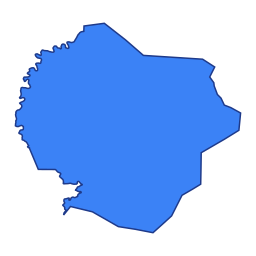 Jargalant, Arhangay, Mongolia (Robinson projection)
{"feature_id": "93677404B33687570251576", "entity_name": "Jargalant", "entity_type": "district", "adm_level": 2, "iso_a3": "MNG", "parent_name": "Mongolia", "parent_adm1": "Arhangay", "projection": "robinson", "projection_center": [100.463, 48.654], "detail": "fine", "context": "isolated", "style": "filled", "palette": "blue", "viewbox_px": 256, "rotation_deg": 0, "n_neighbors": 0, "source": "geoboundaries", "source_scale": "gbopen_adm2", "svg_char_len": 5385}
<svg xmlns="http://www.w3.org/2000/svg" viewBox="0 0 256 256"><path d="M84.0,26.0L83.8,31.4L83.3,31.5L82.6,31.5L81.8,31.7L80.8,32.0L79.7,32.8L79.1,33.7L78.5,34.2L77.9,35.0L77.2,36.4L76.7,37.4L76.0,38.6L75.1,40.0L74.5,41.2L74.0,41.8L73.4,42.1L72.6,42.3L72.0,42.5L71.5,42.5L71.0,42.5L69.5,42.0L68.7,41.9L67.9,41.9L67.3,42.1L67.0,42.3L67.0,43.1L67.4,43.9L68.0,44.8L68.4,45.6L68.5,46.2L68.8,47.1L68.8,47.8L68.7,48.0L68.1,48.4L67.5,48.4L67.1,48.2L66.4,47.9L65.7,47.7L65.5,47.4L65.5,46.3L65.4,45.8L65.0,44.8L64.6,44.5L64.2,44.3L63.5,44.1L62.9,44.1L62.3,44.3L61.8,44.7L61.6,45.3L61.1,46.3L61.1,46.7L61.3,48.3L61.1,48.6L60.8,48.8L60.5,48.8L60.0,48.5L59.7,48.2L59.2,48.1L58.0,48.0L57.4,47.6L56.9,47.0L56.7,46.5L56.1,46.1L54.9,46.0L54.2,46.3L53.6,47.1L53.1,47.8L53.0,48.2L53.6,49.7L53.8,50.0L53.9,50.7L54.1,51.2L54.0,51.7L53.4,52.1L52.9,52.2L52.3,52.2L49.4,51.6L47.6,50.8L44.4,50.6L44.0,50.5L43.6,50.3L42.8,50.1L42.3,50.1L42.0,50.3L41.6,51.0L41.0,51.8L40.8,52.2L40.8,52.6L41.1,53.2L41.2,54.0L41.2,55.0L40.8,55.2L40.7,55.3L40.4,55.4L39.9,55.2L39.4,54.9L38.4,54.5L37.8,54.1L37.3,53.9L36.7,53.9L35.9,54.1L35.6,54.2L35.4,54.4L35.3,54.7L35.4,55.2L35.8,56.1L36.5,56.9L37.0,57.4L37.7,57.9L38.7,58.1L40.2,58.4L40.8,58.6L41.3,59.2L41.5,59.6L41.5,60.2L41.4,60.5L41.1,61.0L40.9,61.7L40.9,62.4L40.8,62.8L40.6,63.1L40.3,63.3L39.8,63.3L38.9,63.1L37.8,63.1L36.7,63.2L36.1,63.5L35.8,63.9L35.8,64.3L36.1,65.0L36.5,65.4L36.8,65.9L37.0,66.8L37.2,67.8L37.6,68.6L37.6,69.0L37.5,70.3L37.2,70.6L36.9,70.7L36.5,70.8L36.1,70.8L35.6,70.6L35.3,70.4L35.1,70.1L34.7,69.0L34.3,68.5L33.9,68.0L33.5,67.8L32.3,67.8L31.8,67.9L31.3,68.0L30.3,68.5L29.5,68.9L29.3,69.2L29.3,69.6L29.7,70.8L29.7,71.1L29.6,71.4L29.2,71.7L28.8,72.0L28.2,72.3L27.5,73.0L27.4,73.3L27.5,73.6L28.1,74.1L28.9,74.5L29.4,74.7L29.9,75.0L30.0,75.3L30.0,75.6L29.6,76.1L29.1,76.5L28.5,76.8L28.1,76.9L27.6,77.0L25.3,77.1L24.5,77.1L24.1,77.2L23.9,77.5L23.4,78.5L23.5,79.3L23.8,79.9L24.1,80.0L24.3,80.5L24.4,81.2L24.6,81.4L24.8,81.4L25.2,81.3L25.5,81.1L26.3,80.0L26.7,79.7L27.7,79.2L28.7,79.7L28.9,80.1L28.7,81.0L28.5,81.8L28.4,83.0L28.6,83.6L28.8,83.9L29.7,84.8L30.0,85.9L30.4,86.5L30.5,86.9L30.1,87.5L29.8,87.9L29.1,88.2L28.5,88.4L27.9,88.4L26.7,88.2L25.8,87.8L24.8,87.7L23.8,87.8L22.9,87.5L22.2,87.5L21.7,87.6L21.3,87.8L21.0,88.4L20.9,89.7L20.6,90.5L20.7,91.3L21.2,93.7L21.2,94.3L21.0,95.4L20.6,96.5L20.4,96.8L19.9,97.1L19.6,97.4L19.6,97.7L19.8,98.1L20.0,98.3L20.3,98.4L21.1,98.2L22.1,97.8L23.0,97.6L23.9,97.8L24.5,98.3L24.8,98.9L24.8,99.3L24.5,100.1L24.3,100.5L23.7,100.9L23.0,101.4L21.9,101.9L21.0,102.2L20.3,102.7L20.0,102.9L19.7,103.1L19.8,103.4L20.1,103.7L20.8,104.2L21.5,104.9L21.8,106.1L21.8,106.4L21.7,106.9L21.5,107.4L21.0,108.1L20.1,109.1L19.3,109.8L18.7,109.9L17.9,110.0L17.2,110.4L16.5,111.0L15.9,112.0L15.8,112.3L16.0,112.8L16.0,113.3L15.8,113.7L15.6,114.3L15.6,114.7L15.7,115.6L16.0,116.9L16.2,117.3L16.5,118.5L16.5,119.1L16.4,119.6L16.3,120.1L15.8,120.8L15.8,121.1L15.9,122.2L15.8,123.0L15.6,123.4L15.6,124.1L15.4,125.3L15.5,125.9L16.0,126.0L16.4,126.4L17.9,126.6L18.9,126.4L19.2,126.1L20.0,125.9L20.6,125.6L21.5,125.4L21.8,125.6L22.3,125.7L22.8,126.2L23.3,126.5L23.4,126.9L23.3,127.4L23.4,127.9L23.3,129.0L23.2,129.4L22.9,129.7L22.1,129.9L21.0,130.0L20.5,130.2L20.0,130.6L19.5,131.8L19.2,132.2L18.9,132.9L19.0,133.3L19.4,133.6L20.6,134.0L21.6,134.5L21.9,134.9L22.2,135.5L22.4,136.2L22.1,137.4L22.3,138.3L22.1,138.8L22.1,139.2L22.3,139.8L22.8,140.0L23.9,140.3L24.9,141.2L26.1,141.8L26.8,142.6L27.6,144.0L27.9,144.6L28.3,145.2L28.7,145.8L28.3,146.2L28.0,146.3L27.7,146.5L27.6,146.8L28.2,147.5L28.7,147.7L29.4,147.8L29.4,148.2L38.3,169.4L55.2,169.5L56.0,170.0L56.9,171.1L57.8,172.0L60.3,173.1L60.7,173.6L60.7,174.1L60.4,174.7L60.0,175.3L59.8,175.7L59.6,176.0L59.6,176.4L59.9,176.9L60.5,177.4L62.0,178.8L62.7,179.3L63.2,180.2L63.4,181.2L63.4,181.8L63.6,182.4L63.2,183.1L63.4,183.5L63.5,183.7L64.0,183.8L68.1,183.6L69.7,183.3L70.8,183.3L71.7,183.7L73.2,184.1L74.4,184.2L75.8,184.1L76.4,184.1L76.9,183.8L77.1,183.5L77.3,183.2L77.3,182.7L77.2,182.3L77.5,181.9L77.7,181.6L78.0,181.5L78.4,181.4L78.9,181.5L79.3,181.9L79.7,182.5L80.1,182.8L80.9,183.7L81.0,184.1L81.6,184.1L82.0,184.3L82.2,184.6L81.9,185.1L80.7,185.5L80.1,185.9L79.6,186.1L79.2,186.5L78.8,186.6L77.6,187.0L77.1,187.7L77.0,188.3L76.6,188.8L75.7,189.6L75.6,190.2L76.1,190.3L76.7,190.6L77.2,191.0L78.1,191.4L78.9,191.7L79.3,191.8L79.8,191.6L80.0,191.5L80.3,191.7L80.7,191.7L81.1,192.0L81.2,192.4L80.8,192.9L79.9,193.1L79.2,193.6L78.2,194.3L77.8,195.1L77.6,195.4L77.7,196.3L77.4,196.6L77.0,196.7L76.6,196.8L75.6,197.4L74.7,197.6L74.1,197.5L73.4,197.2L72.9,197.1L72.4,197.2L71.9,197.4L71.4,197.7L70.9,198.3L70.7,199.1L70.4,199.7L70.1,200.1L69.9,200.2L69.7,200.2L69.3,200.1L68.8,199.8L68.9,199.4L69.1,199.1L69.2,198.8L69.2,198.3L68.8,198.1L68.2,198.1L67.3,198.4L66.1,198.8L65.1,198.9L64.6,199.0L64.3,199.2L64.2,199.4L64.0,199.7L63.9,200.8L64.0,201.6L64.6,202.6L64.6,203.2L64.3,203.6L62.9,204.9L62.9,205.5L63.6,206.0L64.7,207.4L64.7,208.9L65.0,209.5L65.8,209.9L66.1,210.2L65.6,211.1L64.8,211.9L64.0,213.0L63.6,215.0L70.5,206.5L92.4,211.8L118.3,226.6L135.5,229.3L153.0,232.7L161.6,225.0L171.6,215.9L182.0,195.3L192.5,189.2L200.7,184.2L201.0,167.7L201.2,152.7L224.3,139.3L238.9,130.3L240.6,113.0L230.8,107.6L224.3,105.1L221.0,98.1L217.4,94.5L214.2,86.0L213.8,82.7L209.7,77.0L214.7,67.0L202.6,59.2L143.4,55.4L125.3,39.7L104.3,23.3L84.0,26.0Z" fill="#3b82f6" stroke="#1e3a8a" stroke-width="1.5"/></svg>